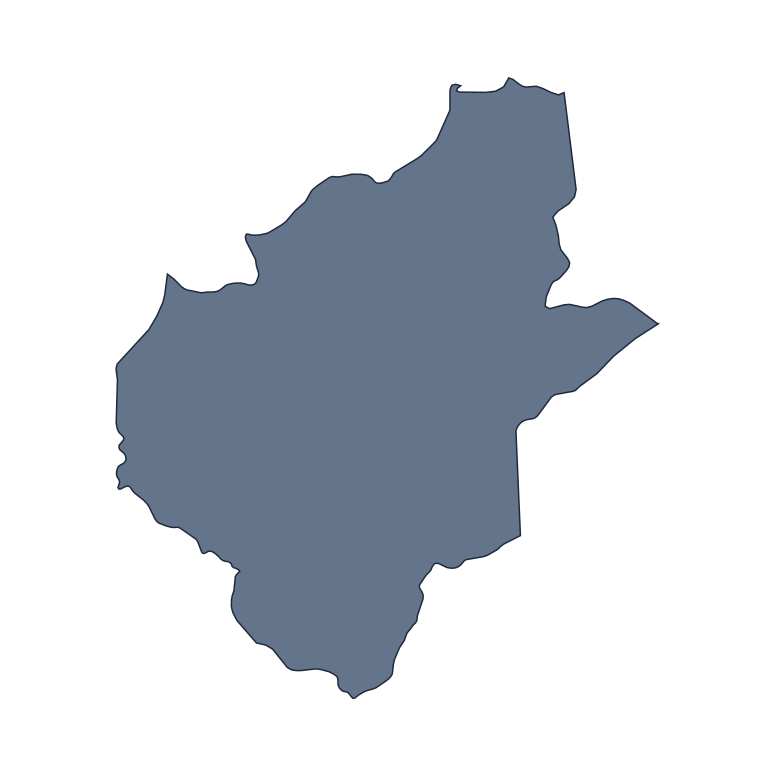 SVG path tracing the border of Ngounié, rotated 275°
{"feature_id": "GAB-2622", "entity_name": "Ngounié", "entity_type": "Province", "adm_level": 1, "iso_a3": "GAB", "parent_name": "Gabon", "parent_adm1": "", "projection": "orthographic", "projection_center": [11.097, -1.69], "detail": "fine", "context": "isolated", "style": "filled", "palette": "slate", "viewbox_px": 768, "rotation_deg": 275, "n_neighbors": 0, "source": "natural_earth", "source_scale": "10m", "svg_char_len": 3930}
<svg xmlns="http://www.w3.org/2000/svg" viewBox="0 0 768 768"><g transform="rotate(275 384 384)"><path d="M687.8,434.4L685.0,431.4L682.3,430.7L681.4,434.0L683.4,459.9L685.4,469.6L690.4,477.3L699.8,481.6L698.7,485.8L694.4,492.6L692.6,496.2L692.2,499.8L693.9,509.7L692.2,516.6L689.0,524.9L687.2,532.7L690.0,538.0L594.6,558.4L587.1,557.5L579.8,552.5L571.6,542.4L567.3,539.2L564.8,537.7L557.3,541.4L547.2,544.7L538.5,546.4L533.1,548.5L525.0,556.0L521.0,558.4L517.0,558.0L512.7,555.7L504.5,549.4L502.7,547.2L501.7,545.2L500.2,543.3L496.9,541.7L484.8,538.0L475.9,537.7L475.4,537.8L473.5,542.5L478.6,556.6L479.5,561.9L477.8,575.2L477.8,579.4L479.7,584.5L485.8,594.2L488.0,599.6L489.3,605.7L489.3,610.7L488.2,615.7L486.0,621.8L468.4,650.4L468.0,652.1L467.9,652.0L451.1,630.3L431.9,610.5L412.9,595.2L399.0,579.4L394.4,575.4L393.3,573.2L388.7,556.5L387.6,554.2L385.6,551.9L365.8,539.8L363.8,537.8L362.5,535.6L361.9,533.3L361.3,530.8L360.6,528.5L359.3,526.1L357.5,523.8L355.1,521.9L352.4,520.5L348.9,519.5L244.9,533.1L235.2,517.6L231.7,513.6L230.6,513.0L229.6,512.1L228.7,511.1L222.2,501.6L220.7,498.1L216.3,481.6L215.8,480.4L214.9,479.4L210.5,476.2L208.4,473.9L207.1,471.3L206.4,467.9L206.4,465.2L206.7,462.6L209.7,454.8L210.1,452.3L209.3,449.9L206.8,448.3L202.0,446.6L197.0,442.5L186.9,436.9L184.6,436.9L182.4,438.2L180.2,439.9L177.9,441.1L175.4,441.6L172.8,441.5L155.9,437.4L151.1,437.4L148.6,436.1L145.9,433.7L143.4,432.4L137.9,428.6L130.3,426.6L122.6,422.4L110.6,418.5L105.7,417.8L97.7,417.6L95.6,417.4L93.4,416.4L91.1,414.7L89.0,412.6L80.9,402.8L79.6,400.4L76.7,392.9L75.3,390.5L72.0,385.9L68.6,382.3L68.2,380.3L70.5,377.9L72.5,376.2L73.9,374.1L74.1,371.8L74.6,369.2L77.0,366.3L79.3,364.8L81.7,364.2L84.0,364.1L86.2,363.7L88.4,362.7L90.4,359.5L92.5,354.6L93.9,347.0L94.3,342.8L94.0,339.4L91.4,327.0L90.9,322.3L91.0,317.7L91.9,315.0L93.3,312.3L110.2,296.1L113.6,289.1L114.9,279.5L135.5,258.2L142.7,253.6L145.9,252.3L149.6,251.3L155.6,250.9L159.4,251.2L165.1,252.5L179.3,252.7L182.0,254.2L184.8,256.7L186.5,254.8L187.4,252.7L187.9,250.4L189.0,248.6L191.6,247.5L192.9,245.6L193.5,243.5L193.6,241.2L194.1,238.9L195.4,236.7L197.4,234.7L200.7,230.2L201.9,227.8L202.4,225.4L201.8,223.2L200.5,221.4L199.5,219.6L199.6,218.5L199.9,217.7L201.1,216.8L209.9,212.6L211.9,211.3L213.1,210.1L222.7,193.4L223.3,191.1L222.7,186.4L222.8,184.1L223.6,179.4L225.8,171.8L227.3,169.6L229.6,167.6L241.8,160.3L244.5,157.9L246.8,155.4L253.7,145.0L255.7,142.9L257.7,141.3L259.4,139.8L260.1,137.8L259.4,135.5L256.5,130.9L256.2,129.1L257.6,128.0L263.3,129.2L265.9,128.1L267.7,126.6L270.1,125.5L272.8,125.2L276.2,125.7L278.8,126.7L280.8,129.1L282.1,131.3L284.3,133.0L286.9,133.6L290.0,132.7L292.3,131.0L295.3,126.8L297.4,125.5L299.9,125.5L305.0,129.0L307.2,129.7L309.2,128.5L312.4,124.5L314.6,123.0L317.1,121.9L321.9,120.6L365.0,118.1L374.8,115.9L377.6,115.9L380.8,116.6L417.8,145.1L431.7,151.7L445.9,156.6L453.7,157.8L474.6,158.7L470.0,165.9L463.6,173.3L461.7,176.4L460.6,179.3L459.0,193.1L459.2,195.5L460.1,199.5L460.7,205.4L461.2,208.0L462.1,210.4L463.5,212.6L468.2,217.6L468.8,218.4L469.5,219.7L471.0,224.4L471.6,227.6L472.1,232.4L471.7,236.4L470.8,240.9L471.4,245.1L473.1,247.3L475.4,248.2L480.2,249.5L482.7,249.6L485.1,248.9L489.9,246.8L497.0,245.1L513.6,234.7L516.0,233.7L518.4,233.1L520.7,233.5L521.4,234.2L521.5,235.4L521.0,237.5L520.9,241.4L521.5,246.5L523.7,253.8L525.1,256.4L533.6,268.2L537.4,272.3L549.1,280.6L557.8,289.0L559.8,290.3L569.0,294.4L571.1,295.7L576.0,300.6L584.6,311.1L586.0,313.7L586.2,315.1L586.2,319.7L586.7,322.5L590.2,333.8L590.9,342.7L590.5,348.5L589.9,350.5L589.6,351.0L588.4,353.1L587.0,354.9L585.3,356.5L584.5,357.5L583.9,358.5L583.5,359.8L583.6,362.1L584.3,364.9L586.5,370.3L589.0,372.4L591.5,373.8L593.8,374.7L596.0,376.4L612.0,398.1L615.1,401.5L630.0,414.1L632.3,415.4L661.9,425.6L664.3,425.7L681.2,424.2L683.7,424.3L685.9,424.9L687.5,425.7L688.8,429.3L687.8,434.4Z" fill="#64748b" stroke="#1e293b" stroke-width="1.5"/></g></svg>